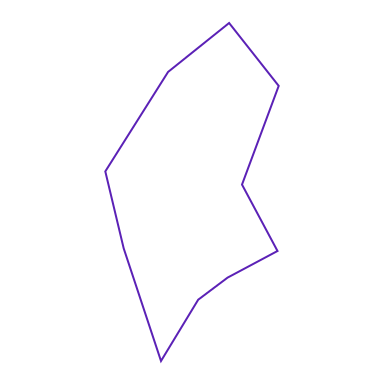 an SVG outline of Cebu
{"feature_id": "PHL-5522", "entity_name": "Cebu", "entity_type": "Highly Urbanized City", "adm_level": 1, "iso_a3": "PHL", "parent_name": "Philippines", "parent_adm1": "", "projection": "albers", "projection_center": [123.895, 10.342], "detail": "fine", "context": "isolated", "style": "outline", "palette": "violet", "viewbox_px": 384, "rotation_deg": 0, "n_neighbors": 0, "source": "natural_earth", "source_scale": "10m", "svg_char_len": 256}
<svg xmlns="http://www.w3.org/2000/svg" viewBox="0 0 384 384"><path d="M277.5,251.0L227.6,277.6L198.2,299.7L161.0,361.0L123.7,248.4L105.3,171.4L168.1,71.9L229.1,23.0L278.7,85.9L242.0,184.6L277.5,251.0Z" fill="none" stroke="#5b21b6" stroke-width="2"/></svg>